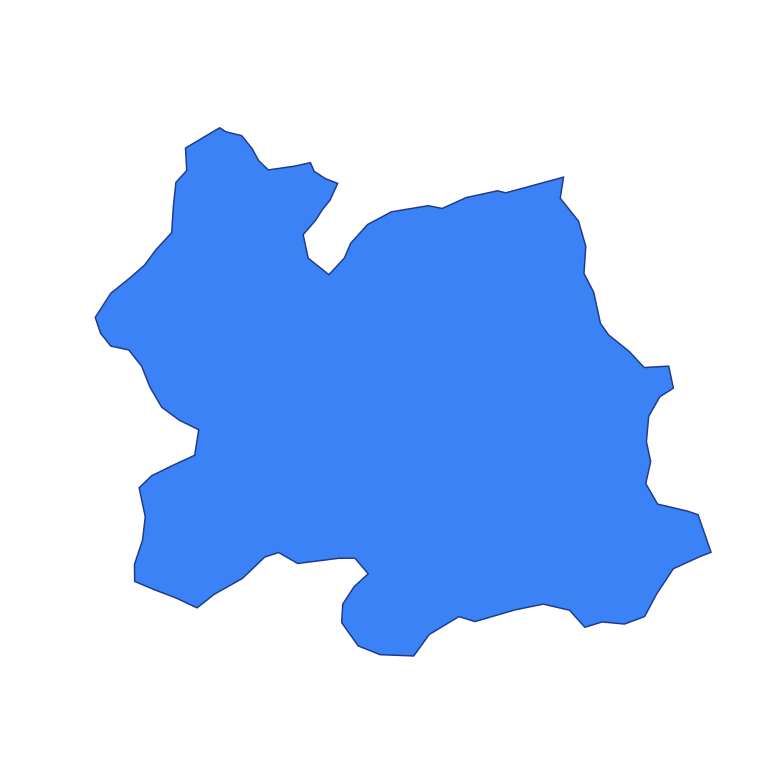 the district of Hultsfred, Kalmar, Sweden, rotated 258°
{"feature_id": "70781695B5554293763510", "entity_name": "Hultsfred", "entity_type": "district", "adm_level": 2, "iso_a3": "SWE", "parent_name": "Sweden", "parent_adm1": "Kalmar", "projection": "albers", "projection_center": [15.84, 57.428], "detail": "fine", "context": "isolated", "style": "filled", "palette": "blue", "viewbox_px": 768, "rotation_deg": 258, "n_neighbors": 0, "source": "geoboundaries", "source_scale": "gbopen_adm2", "svg_char_len": 1429}
<svg xmlns="http://www.w3.org/2000/svg" viewBox="0 0 768 768"><g transform="rotate(258 384 384)"><path d="M549.0,602.6L545.7,542.7L549.4,535.2L549.3,503.5L543.6,477.4L549.2,464.4L550.9,427.1L543.4,401.1L528.5,380.6L515.4,371.4L502.4,352.8L522.8,336.0L546.9,336.0L558.1,350.8L567.5,360.1L574.9,369.3L589.8,380.4L597.2,369.2L606.5,359.9L615.8,358.0L615.7,341.3L617.5,315.3L628.6,307.8L641.5,304.0L656.4,296.5L663.7,281.6L668.8,276.5L656.1,238.9L633.8,235.4L624.5,222.4L602.2,215.1L576.2,207.8L563.1,189.3L550.1,174.5L540.8,157.9L529.6,135.7L509.2,115.4L492.6,117.3L477.8,124.7L470.4,141.4L451.9,150.6L429.7,154.4L407.4,161.8L390.8,176.6L377.8,193.3L353.7,184.0L348.2,160.0L342.6,137.7L333.4,122.9L303.8,122.9L281.6,115.4L259.4,102.4L242.7,99.1L230.1,117.2L218.6,135.1L204.6,153.7L203.9,154.6L213.6,174.2L223.3,205.1L239.5,231.3L241.1,245.9L226.4,262.2L223.0,303.0L219.7,319.3L201.7,329.1L192.0,312.7L177.3,297.9L159.4,293.0L133.2,304.3L120.1,323.8L111.8,356.5L129.6,376.2L140.9,408.9L132.7,423.6L135.8,464.5L135.6,494.0L124.1,518.5L104.3,529.9L105.9,548.0L99.2,569.3L102.4,590.6L122.0,607.1L143.2,628.6L149.7,658.2L151.4,668.9L190.8,664.0L196.4,654.7L209.6,626.7L232.1,619.3L252.6,628.7L273.1,628.7L297.4,636.2L314.2,651.2L319.8,666.2L342.3,666.2L346.0,641.9L364.7,630.7L385.3,613.9L398.3,608.3L430.1,608.2L450.6,602.6L476.8,610.0L502.9,608.1L529.1,595.0L549.0,602.6Z" fill="#3b82f6" stroke="#1e3a8a" stroke-width="1.5"/></g></svg>